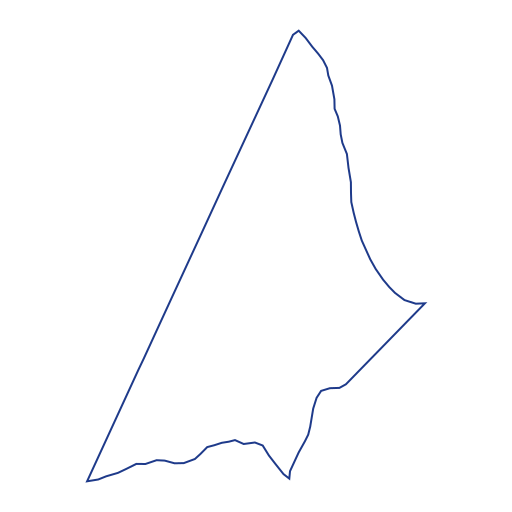 Rio do Fogo, Rio Grande do Norte, Brazil
{"feature_id": "56859067B74826707647635", "entity_name": "Rio do Fogo", "entity_type": "district", "adm_level": 2, "iso_a3": "BRA", "parent_name": "Brazil", "parent_adm1": "Rio Grande do Norte", "projection": "robinson", "projection_center": [-35.391, -5.362], "detail": "fine", "context": "isolated", "style": "outline", "palette": "blue", "viewbox_px": 512, "rotation_deg": 0, "n_neighbors": 0, "source": "geoboundaries", "source_scale": "gbopen_adm2", "svg_char_len": 1050}
<svg xmlns="http://www.w3.org/2000/svg" viewBox="0 0 512 512"><path d="M424.9,303.3L415.8,303.7L404.5,300.1L395.0,292.9L389.3,287.1L383.1,279.7L375.7,269.0L370.3,259.4L367.3,252.8L361.8,240.6L358.8,231.4L356.0,221.8L353.7,212.9L351.3,202.1L351.0,193.0L350.9,182.2L348.5,167.8L346.9,154.0L342.4,142.9L340.7,134.4L340.0,125.6L337.8,116.4L334.6,108.8L334.4,99.3L332.0,85.7L328.3,75.5L327.0,67.9L323.1,60.2L318.1,53.6L312.3,46.8L305.6,37.9L298.7,30.7L293.0,34.8L272.9,79.0L223.5,185.5L201.7,232.9L171.8,297.6L160.7,321.7L143.7,358.7L138.4,369.8L87.1,481.3L98.2,479.5L106.2,476.3L117.9,472.9L126.1,469.0L136.3,463.9L145.4,464.0L156.6,460.2L164.7,460.6L174.6,463.3L183.8,463.1L194.9,459.0L200.4,454.0L207.2,447.1L214.4,445.2L221.8,442.8L228.8,441.7L235.0,440.1L243.7,444.0L254.9,442.5L262.7,445.5L268.9,455.5L275.7,464.3L283.5,474.1L289.3,478.6L290.0,471.2L298.7,452.4L304.9,441.3L308.2,434.7L310.2,426.7L313.2,408.6L316.6,397.8L321.1,390.9L329.9,388.2L339.4,387.9L345.9,384.3L357.7,372.2L424.9,303.3Z" fill="none" stroke="#1e3a8a" stroke-width="2"/></svg>